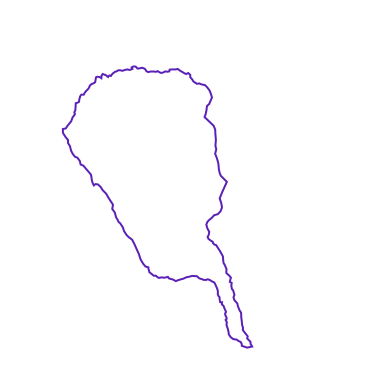 Vianópolis, Goiás, Brazil, rotated 312°
{"feature_id": "56859067B48713716484545", "entity_name": "Vianópolis", "entity_type": "district", "adm_level": 2, "iso_a3": "BRA", "parent_name": "Brazil", "parent_adm1": "Goiás", "projection": "robinson", "projection_center": [-48.462, -16.878], "detail": "fine", "context": "isolated", "style": "outline", "palette": "violet", "viewbox_px": 384, "rotation_deg": 312, "n_neighbors": 0, "source": "geoboundaries", "source_scale": "gbopen_adm2", "svg_char_len": 3405}
<svg xmlns="http://www.w3.org/2000/svg" viewBox="0 0 384 384"><g transform="rotate(312 192 192)"><path d="M117.4,340.1L118.3,337.2L119.8,335.7L120.1,331.0L122.0,330.0L123.4,322.1L125.2,320.8L126.6,318.4L129.4,315.3L131.8,312.5L135.1,309.3L135.9,306.5L137.7,302.8L139.5,300.2L140.1,295.6L141.5,293.3L143.9,292.4L146.5,288.3L146.6,286.6L148.6,284.0L151.0,282.3L150.5,280.3L152.2,279.3L154.4,278.2L154.8,275.4L154.7,271.9L156.2,270.4L157.6,269.5L158.5,267.7L159.7,265.2L160.4,262.9L162.3,260.7L164.8,258.1L166.0,254.8L167.0,251.7L168.2,247.2L168.7,245.6L168.0,244.0L168.0,242.0L168.9,240.7L168.4,238.3L168.2,235.6L169.0,233.7L171.4,233.1L174.0,231.4L175.2,227.9L177.3,224.5L179.9,223.5L182.1,223.4L185.9,224.0L189.5,224.0L192.9,226.0L196.8,226.1L200.6,224.6L203.4,221.1L205.7,216.9L212.2,214.5L222.9,211.1L223.3,202.8L224.4,200.2L227.0,196.6L230.6,192.8L232.2,190.4L233.9,187.7L235.9,183.6L239.9,181.5L242.1,178.4L246.6,175.0L251.1,170.2L253.9,167.5L255.7,163.8L256.1,151.2L258.9,150.1L262.5,148.0L265.9,145.6L268.9,145.9L275.6,143.6L277.8,140.0L279.2,137.0L280.0,133.0L280.1,130.0L278.4,127.2L277.5,124.7L275.7,123.3L275.1,119.1L275.8,116.7L276.2,113.8L277.9,112.3L277.9,109.6L275.7,108.7L275.1,106.7L274.8,104.8L274.2,102.2L273.9,99.1L271.9,97.6L270.0,95.4L268.0,93.5L266.4,94.4L264.8,93.1L263.8,91.5L261.7,90.7L259.9,89.5L259.2,87.8L258.9,85.6L257.3,84.9L255.9,82.9L253.9,80.7L251.8,79.2L251.3,77.3L252.0,74.5L250.9,71.7L249.3,70.7L247.3,69.0L247.5,66.3L246.2,64.5L244.2,63.8L243.5,65.4L241.0,64.0L239.7,61.8L237.7,60.4L235.5,59.2L234.5,57.3L233.3,55.9L231.4,55.3L229.9,54.4L227.5,53.9L225.5,53.8L224.0,54.1L223.3,52.6L221.3,52.7L221.2,50.1L220.0,46.7L218.0,46.9L215.9,48.5L215.6,46.5L214.4,44.6L213.0,43.9L211.6,44.8L208.7,46.6L207.0,46.1L204.9,45.1L202.7,44.9L200.7,45.7L198.4,45.9L196.1,45.7L194.0,45.9L191.9,46.4L190.2,44.6L188.2,44.9L186.9,45.6L185.3,46.3L183.5,47.7L181.8,47.2L180.2,46.2L178.1,47.9L176.5,49.2L174.5,50.7L172.5,51.2L171.4,53.0L169.5,53.2L167.6,53.3L165.7,54.1L163.6,54.9L157.7,55.2L154.8,55.7L152.4,53.9L149.6,56.5L148.3,61.0L147.7,65.1L145.4,67.1L144.5,70.5L141.8,74.5L140.5,77.9L139.9,81.5L140.8,83.9L140.0,87.8L137.9,90.9L138.9,93.6L137.3,105.3L136.1,106.9L133.9,109.5L132.5,111.6L131.2,114.6L133.3,115.0L134.7,117.0L134.6,121.0L133.6,124.2L133.3,129.3L131.7,134.2L129.7,141.8L126.0,144.1L125.1,148.4L122.3,152.7L121.6,155.2L120.6,157.5L120.7,159.6L119.4,164.4L117.5,167.6L116.3,171.9L116.1,175.3L116.5,179.4L114.7,184.2L112.5,189.1L110.4,193.9L107.5,198.9L106.0,203.8L105.5,207.3L106.8,210.0L105.6,211.3L103.9,214.0L104.2,219.6L105.6,221.1L105.6,223.2L106.1,225.0L108.2,226.5L109.4,228.4L111.0,229.7L112.8,230.9L112.4,232.7L113.2,234.6L114.1,236.0L114.5,237.7L115.0,239.7L116.7,240.4L119.4,242.0L121.3,243.3L123.2,244.2L124.8,244.8L126.3,246.0L127.9,247.1L129.6,248.1L130.8,249.6L132.7,252.0L132.7,255.2L133.6,257.1L134.5,259.4L135.9,261.2L137.7,262.1L138.5,264.1L139.0,266.9L139.7,269.2L138.6,271.9L137.3,274.8L136.5,276.3L135.0,278.3L133.5,279.3L132.5,281.0L132.2,282.9L130.5,284.6L129.0,286.7L130.2,288.1L128.5,289.4L128.4,291.9L127.2,294.0L125.7,297.5L123.7,298.0L122.6,299.5L122.1,301.1L121.0,302.6L119.4,302.6L118.6,305.0L116.4,306.5L115.4,308.1L114.2,310.3L112.3,313.0L110.8,314.6L110.0,318.0L110.3,321.2L112.2,323.9L112.4,326.2L113.1,328.5L112.4,330.6L111.0,332.0L112.4,335.1L113.2,337.1L115.7,338.9L117.4,340.1Z" fill="none" stroke="#5b21b6" stroke-width="2"/></g></svg>